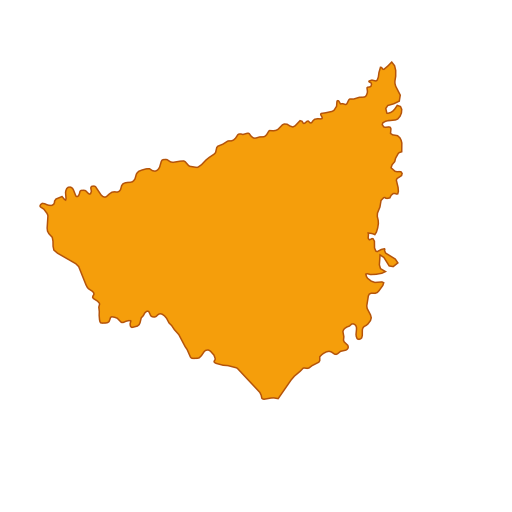 map outline of Ternopil' (Natural Earth projection), rotated 252°
{"feature_id": "UKR-292", "entity_name": "Ternopil'", "entity_type": "Region", "adm_level": 1, "iso_a3": "UKR", "parent_name": "Ukraine", "parent_adm1": "", "projection": "natural_earth1", "projection_center": [25.734, 49.388], "detail": "fine", "context": "isolated", "style": "filled", "palette": "amber", "viewbox_px": 512, "rotation_deg": 252, "n_neighbors": 0, "source": "natural_earth", "source_scale": "10m", "svg_char_len": 6107}
<svg xmlns="http://www.w3.org/2000/svg" viewBox="0 0 512 512"><g transform="rotate(252 256 256)"><path d="M344.1,65.4L347.1,66.0L357.9,70.3L359.1,70.6L361.1,70.4L366.1,68.7L369.1,66.3L369.8,66.0L370.6,66.2L371.5,67.1L372.1,69.0L371.0,71.2L369.3,73.1L368.4,74.4L367.7,75.9L367.2,77.6L367.8,79.7L369.2,80.9L370.5,81.4L372.0,83.4L372.5,89.9L368.9,91.4L368.0,92.2L369.4,93.1L375.3,94.5L376.8,95.3L378.6,96.8L379.3,98.3L379.3,99.4L378.7,101.1L377.1,102.4L375.2,102.8L369.0,103.2L368.2,103.5L367.8,104.2L367.8,105.0L368.3,105.9L369.5,107.1L371.7,108.5L372.2,109.1L372.4,110.0L371.7,112.6L370.8,114.1L367.1,116.0L366.2,117.0L366.4,117.9L368.3,119.4L371.7,119.9L372.5,120.4L373.0,121.3L372.7,123.1L372.2,124.1L371.5,124.8L362.0,127.5L359.9,128.7L358.6,130.5L358.7,132.1L360.3,135.6L361.2,138.7L360.8,141.2L359.6,143.8L359.8,145.9L360.7,147.4L361.6,148.1L364.5,150.0L365.8,151.9L366.0,154.3L365.6,156.8L364.9,159.3L364.8,161.4L365.5,163.1L366.8,164.8L370.8,167.5L371.8,168.7L372.8,170.7L373.0,174.2L372.8,178.5L372.3,180.4L371.9,181.7L369.3,183.7L368.1,185.7L367.8,186.5L368.1,188.7L368.9,190.2L370.3,191.8L375.0,195.0L376.1,196.1L376.3,197.0L376.2,198.2L375.6,200.2L375.1,201.2L371.9,203.8L370.7,206.0L369.6,213.3L368.7,216.7L367.5,217.8L362.9,219.8L361.8,220.7L358.8,226.5L358.4,227.7L358.5,228.7L359.7,232.5L362.7,238.0L364.2,241.9L365.8,247.6L366.4,248.8L367.0,249.6L371.3,252.2L372.2,253.6L372.6,259.1L374.0,264.5L373.9,265.6L373.1,268.2L373.2,270.4L374.4,273.0L376.9,276.1L377.2,276.9L377.2,277.8L376.7,279.4L375.6,281.1L375.4,285.7L375.0,286.8L374.4,287.4L371.9,288.2L369.8,289.4L368.7,290.5L368.2,292.4L368.1,296.3L367.1,299.7L367.0,300.7L367.2,301.9L368.1,303.6L370.9,306.9L371.1,307.7L369.7,311.2L369.3,314.0L369.7,316.2L372.6,321.7L372.8,323.7L371.7,326.3L369.2,328.4L367.3,330.9L367.7,333.4L371.1,339.7L369.9,341.4L367.9,341.9L367.3,342.4L367.2,343.3L368.4,346.3L368.2,347.4L365.9,348.6L365.6,349.3L365.6,350.1L367.0,352.0L367.9,354.0L367.5,357.2L366.5,359.6L366.3,361.1L366.7,361.6L367.8,361.7L370.4,361.2L371.1,361.5L371.4,362.2L370.7,366.3L370.0,373.2L370.5,375.3L373.5,378.9L377.6,380.6L378.3,381.0L378.5,381.6L378.1,382.4L377.3,382.7L374.6,383.3L374.1,385.5L372.4,387.9L372.4,388.9L373.0,389.8L375.2,391.9L376.0,392.8L376.3,393.8L375.1,397.3L375.0,403.4L374.0,406.7L373.7,408.5L374.0,409.6L374.8,410.7L376.8,412.3L378.3,412.9L381.6,413.5L382.0,414.2L381.7,416.1L381.7,417.1L382.1,418.0L383.6,418.9L384.6,419.0L385.4,418.7L386.5,417.5L387.0,417.3L387.5,417.7L387.5,420.6L385.5,423.9L385.5,424.8L385.9,425.7L388.3,427.6L392.6,429.7L397.0,432.7L396.5,433.6L394.3,434.5L394.0,435.3L395.9,440.0L398.5,445.0L394.2,446.6L389.3,446.2L383.8,444.4L379.5,442.2L377.4,441.5L374.3,441.3L364.4,442.9L359.0,440.1L358.2,434.0L358.4,427.8L356.2,425.0L351.4,424.6L350.9,425.5L350.9,428.7L351.6,431.1L352.9,433.4L355.6,436.9L353.5,439.6L350.4,439.9L347.1,438.5L344.4,436.2L342.5,433.1L342.3,430.7L343.8,423.5L343.8,425.0L344.1,420.8L343.5,417.8L341.8,416.6L339.2,417.5L338.4,418.8L337.7,422.3L336.8,423.5L335.2,423.6L331.0,421.8L329.0,423.4L326.7,427.8L323.9,429.4L321.1,429.8L318.4,429.6L310.1,426.8L310.1,424.2L309.5,422.9L305.9,419.0L302.9,417.1L300.8,413.7L298.2,411.7L293.6,414.4L292.5,416.3L292.0,418.3L291.3,419.9L289.4,420.5L287.5,419.3L286.1,414.1L284.8,412.9L277.3,412.3L273.5,411.4L271.3,410.0L271.5,408.8L272.5,407.5L273.0,405.8L272.0,403.3L269.9,401.2L270.2,398.7L270.8,397.3L271.8,396.7L272.0,395.4L270.2,392.1L264.3,389.0L259.3,384.8L256.3,383.6L252.0,383.2L249.0,382.4L245.1,380.4L241.5,377.9L239.6,375.6L240.8,374.3L241.7,372.9L243.2,369.8L241.7,369.6L239.0,368.4L237.9,368.2L236.4,368.8L236.4,370.2L236.7,371.7L236.3,372.6L233.5,373.2L227.0,371.2L223.6,371.5L222.7,372.6L223.5,377.2L223.2,380.4L222.7,380.6L221.3,379.9L218.7,380.2L210.1,387.5L205.6,388.8L203.5,383.2L205.4,379.6L215.1,377.2L218.7,374.3L209.5,370.6L205.5,370.5L201.2,374.3L200.7,370.4L201.5,364.5L203.0,359.1L204.8,356.4L204.8,354.8L202.3,354.7L200.3,355.2L196.5,357.8L194.1,360.9L192.4,367.8L191.1,369.2L188.8,367.5L184.8,362.0L183.8,360.0L183.7,357.8L185.0,354.2L184.8,352.0L183.3,350.5L174.3,345.9L171.7,345.5L164.6,346.7L161.6,346.5L159.2,344.9L156.8,341.5L156.0,339.5L155.5,336.9L154.5,335.4L153.1,334.4L147.5,332.5L145.5,331.2L144.9,329.8L144.9,328.2L145.7,326.9L146.5,326.6L148.5,326.5L150.5,326.9L155.4,329.0L157.2,329.5L159.1,329.4L160.5,328.6L161.5,327.4L161.7,325.9L160.5,323.2L160.4,320.5L159.8,318.3L159.0,316.7L157.3,315.3L152.1,314.6L148.9,313.2L147.1,313.3L142.6,315.7L141.0,315.6L140.1,315.2L139.1,313.9L138.7,312.4L139.2,306.9L137.8,303.3L137.7,301.8L138.4,300.4L141.5,298.0L142.8,296.0L143.1,293.3L142.5,290.0L141.8,288.0L140.5,285.5L136.8,284.3L135.6,282.9L134.4,275.4L133.1,271.7L133.3,270.0L134.7,267.0L134.7,266.1L132.8,262.5L129.9,255.4L127.2,251.0L113.5,233.0L115.6,229.0L116.3,226.3L117.3,219.3L118.0,218.2L118.9,217.6L122.1,217.9L125.1,217.5L154.6,203.7L155.6,203.0L160.4,195.5L162.3,190.9L166.2,184.9L167.1,184.0L168.0,183.5L168.8,183.6L170.2,185.2L171.2,185.5L174.7,185.4L179.5,183.3L180.6,182.4L181.4,181.5L181.6,180.7L181.8,179.0L181.6,178.3L180.9,176.9L178.1,173.3L176.7,170.5L176.8,168.8L177.9,165.0L178.5,163.5L179.3,162.8L180.3,162.4L188.3,161.6L191.7,160.6L205.1,158.3L211.2,155.6L215.9,154.3L219.2,152.6L224.4,151.7L227.3,150.5L229.6,148.8L230.5,147.5L230.8,145.9L230.4,144.4L229.4,142.4L229.3,141.5L229.4,140.3L230.2,138.7L231.0,137.8L232.0,137.4L236.1,136.9L236.8,136.3L237.1,135.5L237.1,134.7L236.2,132.6L234.1,130.4L232.6,127.7L228.4,125.1L226.8,123.6L226.0,121.5L226.3,116.7L226.5,115.8L227.2,115.2L228.3,114.9L230.4,115.3L232.7,116.8L233.2,116.8L233.9,114.9L234.1,112.0L233.8,109.5L234.2,107.9L234.7,107.3L239.7,104.8L241.3,102.8L242.8,100.1L242.5,98.7L239.4,96.3L238.9,95.7L238.5,94.2L238.7,92.4L239.7,89.0L240.5,87.6L241.8,87.3L243.8,87.5L248.0,88.5L251.6,89.8L255.9,90.7L258.6,92.4L259.7,92.4L262.1,91.3L265.7,88.3L266.5,88.0L267.3,87.9L268.4,88.6L269.5,89.9L270.3,90.2L271.4,90.2L273.1,89.4L276.6,86.6L278.2,85.9L281.1,85.4L300.7,84.1L304.4,82.2L320.0,68.1L324.1,65.6L327.9,66.0L332.8,67.5L336.7,68.0L341.3,65.9L344.1,65.4Z" fill="#f59e0b" stroke="#b45309" stroke-width="1.5"/></g></svg>